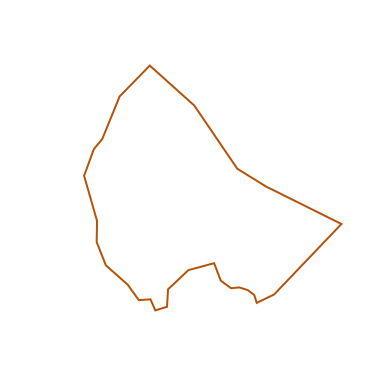 SVG path tracing the border of Daejeon, rotated 149°
{"feature_id": "KOR-2503", "entity_name": "Daejeon", "entity_type": "Metropolitan City", "adm_level": 1, "iso_a3": "KOR", "parent_name": "South Korea", "parent_adm1": "", "projection": "natural_earth1", "projection_center": [127.381, 36.357], "detail": "fine", "context": "isolated", "style": "outline", "palette": "amber", "viewbox_px": 384, "rotation_deg": 149, "n_neighbors": 0, "source": "natural_earth", "source_scale": "10m", "svg_char_len": 505}
<svg xmlns="http://www.w3.org/2000/svg" viewBox="0 0 384 384"><g transform="rotate(149 192 192)"><path d="M163.1,322.1L145.5,264.9L141.2,188.6L125.8,158.7L80.4,87.6L119.2,77.0L174.3,61.9L193.6,63.6L191.7,71.6L194.7,79.2L200.7,85.9L208.1,89.4L213.0,101.2L209.7,119.6L235.3,126.9L262.7,120.9L272.5,106.5L284.4,109.4L282.9,121.4L293.3,126.7L294.8,145.5L303.6,173.5L299.5,198.2L288.3,216.1L276.1,261.5L253.9,279.4L241.7,283.6L204.8,311.2L163.1,322.1Z" fill="none" stroke="#b45309" stroke-width="2"/></g></svg>